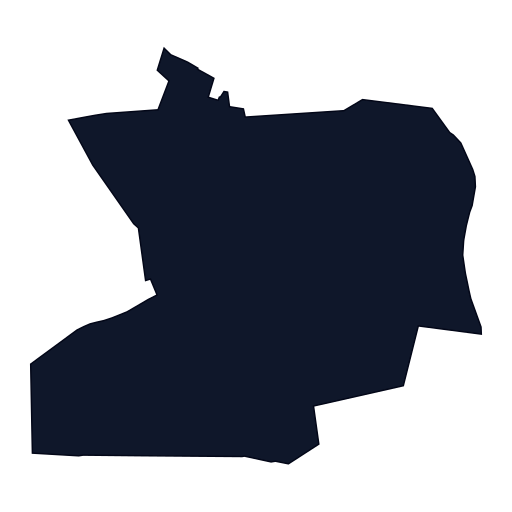 San Pedro Huilotepec, Oaxaca, Mexico (orthographic projection)
{"feature_id": "50627088B95823703816090", "entity_name": "San Pedro Huilotepec", "entity_type": "district", "adm_level": 2, "iso_a3": "MEX", "parent_name": "Mexico", "parent_adm1": "Oaxaca", "projection": "orthographic", "projection_center": [-95.147, 16.245], "detail": "fine", "context": "isolated", "style": "filled", "palette": "ink", "viewbox_px": 512, "rotation_deg": 0, "n_neighbors": 0, "source": "geoboundaries", "source_scale": "gbopen_adm2", "svg_char_len": 1063}
<svg xmlns="http://www.w3.org/2000/svg" viewBox="0 0 512 512"><path d="M86.8,116.8L68.5,120.2L92.8,165.1L132.3,221.7L133.7,223.7L138.4,227.9L145.6,280.5L150.5,279.0L157.1,295.0L148.4,299.4L135.6,306.9L127.0,311.9L112.1,317.9L103.9,320.6L96.8,322.2L90.1,323.9L83.9,326.6L77.2,329.9L30.7,364.1L32.4,453.1L78.7,455.8L83.1,455.1L142.3,455.7L242.1,456.5L244.4,456.1L271.1,461.9L275.4,461.2L288.4,463.8L318.8,444.1L313.5,406.0L403.3,385.7L418.3,325.9L481.3,334.1L481.0,327.0L470.8,298.7L469.9,294.8L468.8,289.9L467.4,283.0L465.5,274.0L465.1,271.6L462.7,255.1L463.6,241.2L463.8,239.5L466.3,225.6L466.4,225.2L469.6,212.4L469.7,212.0L472.1,205.6L475.4,186.8L474.9,176.5L472.7,169.5L460.8,143.0L453.3,135.0L449.7,132.6L432.2,108.4L362.5,99.6L343.9,110.7L245.2,117.1L243.4,108.9L229.5,106.7L227.6,92.1L224.0,91.5L220.4,97.1L219.4,97.1L218.1,100.3L214.2,99.1L208.2,97.2L213.9,78.3L211.4,76.9L197.4,69.2L197.9,68.2L187.7,62.2L170.8,54.8L164.1,48.2L157.3,70.2L169.0,80.9L158.0,109.8L106.5,113.5L95.1,115.3L86.8,116.8Z" fill="#0f172a" stroke="#020617" stroke-width="1.5"/></svg>